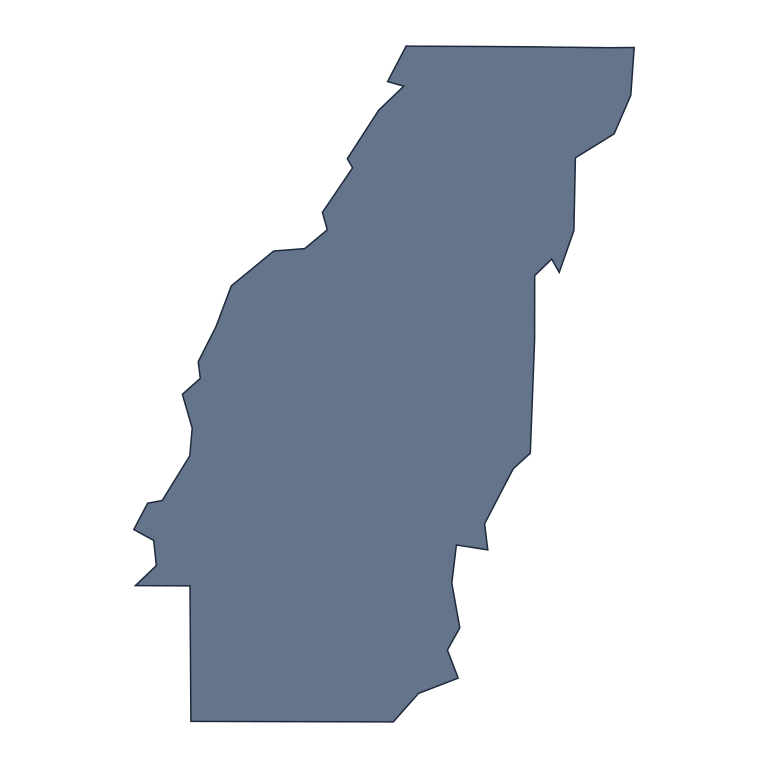 the district of West Carroll, Louisiana, United States of America
{"feature_id": "52423323B44396431202896", "entity_name": "West Carroll", "entity_type": "district", "adm_level": 2, "iso_a3": "USA", "parent_name": "United States of America", "parent_adm1": "Louisiana", "projection": "orthographic", "projection_center": [-91.444, 32.794], "detail": "fine", "context": "isolated", "style": "filled", "palette": "slate", "viewbox_px": 768, "rotation_deg": 0, "n_neighbors": 0, "source": "geoboundaries", "source_scale": "gbopen_adm2", "svg_char_len": 777}
<svg xmlns="http://www.w3.org/2000/svg" viewBox="0 0 768 768"><path d="M406.1,46.1L387.6,81.6L403.7,86.2L378.7,110.2L347.3,158.7L352.6,167.8L322.4,212.4L327.3,229.8L304.7,248.6L273.7,251.0L231.3,285.9L216.0,326.6L198.2,361.7L200.3,378.3L182.4,394.3L192.2,428.2L189.8,455.8L162.2,500.5L147.6,503.2L133.8,529.6L153.7,540.5L156.3,565.6L135.4,585.6L190.0,585.9L190.9,721.4L393.3,721.9L418.5,693.4L458.2,678.1L447.4,650.0L459.8,627.8L451.8,583.1L456.4,545.0L487.8,549.9L484.6,523.8L513.2,468.8L530.3,453.2L534.6,339.8L534.7,275.6L551.7,259.1L559.2,272.4L573.9,230.6L575.4,157.8L614.1,133.9L630.8,95.3L634.2,47.5L608.3,47.7L571.4,47.3L557.4,47.2L554.0,47.2L552.2,47.1L547.7,47.1L543.4,46.9L485.9,46.5L419.8,46.2L406.1,46.1Z" fill="#64748b" stroke="#1e293b" stroke-width="1.5"/></svg>